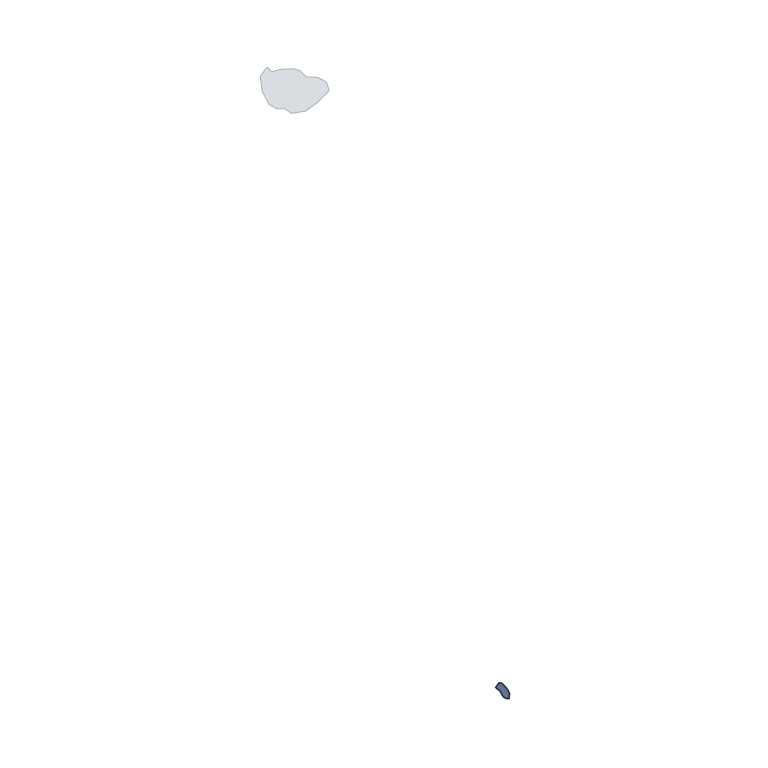 Mauritius, with Rodrigues highlighted, rotated 77°
{"feature_id": "MUS-5194", "entity_name": "Rodrigues", "entity_type": "Dependency", "adm_level": 1, "iso_a3": "MUS", "parent_name": "Mauritius", "parent_adm1": "", "projection": "robinson", "projection_center": [63.41, -19.719], "detail": "fine", "context": "in_parent", "style": "filled", "palette": "slate", "viewbox_px": 768, "rotation_deg": 77, "n_neighbors": 0, "source": "natural_earth", "source_scale": "10m", "svg_char_len": 658}
<svg xmlns="http://www.w3.org/2000/svg" viewBox="0 0 768 768"><g transform="rotate(77 384 384)"><path d="M85.6,433.2L71.9,436.7L56.6,435.5L50.5,428.8L49.4,426.0L54.5,423.4L54.1,414.8L56.5,401.1L59.7,395.5L67.3,390.6L70.3,379.6L76.8,372.2L85.6,371.3L94.4,384.9L100.5,399.1L99.4,413.4L93.4,418.7L91.5,426.9L85.6,433.2Z" fill="#d9dde1" stroke="#a8b0b8" stroke-width="1"/><path d="M716.7,332.3L718.6,332.8L718.2,335.2L716.0,337.9L712.7,339.2L710.2,339.6L708.5,340.7L706.9,342.1L704.8,343.5L701.7,339.9L701.1,339.6L701.4,337.3L702.3,336.3L703.6,335.6L707.3,333.2L710.7,331.9L714.3,331.3L716.7,332.3Z" fill="#64748b" stroke="#1e293b" stroke-width="1.5"/></g></svg>